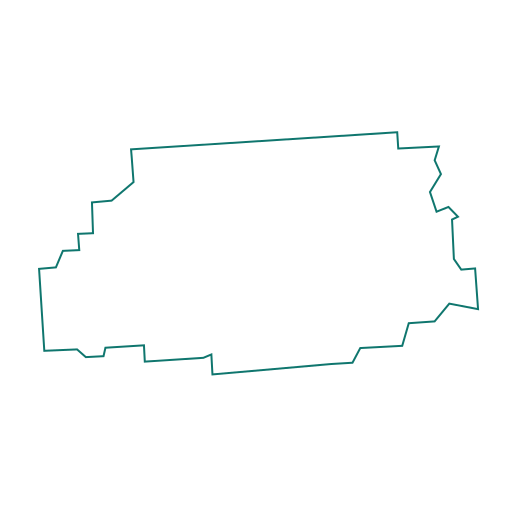 Marion, Georgia, United States of America (Robinson projection), rotated 86°
{"feature_id": "52423323B6215511480610", "entity_name": "Marion", "entity_type": "district", "adm_level": 2, "iso_a3": "USA", "parent_name": "United States of America", "parent_adm1": "Georgia", "projection": "robinson", "projection_center": [-84.513, 32.348], "detail": "fine", "context": "isolated", "style": "outline", "palette": "teal", "viewbox_px": 512, "rotation_deg": 86, "n_neighbors": 0, "source": "geoboundaries", "source_scale": "gbopen_adm2", "svg_char_len": 666}
<svg xmlns="http://www.w3.org/2000/svg" viewBox="0 0 512 512"><g transform="rotate(86 256 256)"><path d="M159.5,65.9L158.7,106.6L142.4,106.5L140.9,373.2L149.1,373.1L173.7,373.0L190.7,396.2L191.1,415.9L221.9,417.0L221.5,432.0L237.8,431.9L237.4,448.3L253.4,456.4L253.7,473.3L335.8,473.8L336.7,441.0L345.0,432.8L345.3,415.1L337.0,412.6L337.3,374.0L353.6,374.3L353.9,315.6L351.1,307.4L371.1,307.7L369.0,188.9L369.2,167.2L355.1,158.4L355.8,116.4L333.7,108.3L333.7,82.4L317.0,66.5L324.5,38.2L283.7,38.3L283.9,52.2L272.8,58.8L233.3,57.9L230.9,51.8L220.5,60.6L224.4,72.8L204.3,78.0L187.2,65.8L173.0,71.1L159.5,65.9Z" fill="none" stroke="#0f766e" stroke-width="2"/></g></svg>